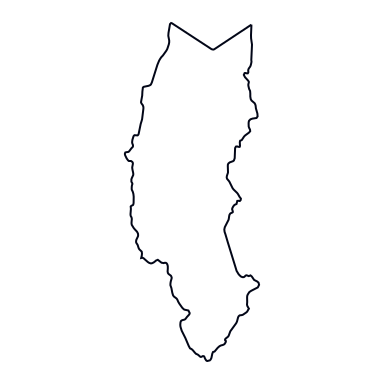 SVG path tracing the border of Puno
{"feature_id": "PER-573", "entity_name": "Puno", "entity_type": "Department", "adm_level": 1, "iso_a3": "PER", "parent_name": "Peru", "parent_adm1": "", "projection": "equal_earth", "projection_center": [-69.98, -15.156], "detail": "fine", "context": "isolated", "style": "outline", "palette": "ink", "viewbox_px": 384, "rotation_deg": 0, "n_neighbors": 0, "source": "natural_earth", "source_scale": "10m", "svg_char_len": 4926}
<svg xmlns="http://www.w3.org/2000/svg" viewBox="0 0 384 384"><path d="M251.3,24.6L251.4,25.8L251.0,35.2L251.1,38.4L252.0,44.6L251.3,60.0L251.5,61.8L251.1,63.8L250.6,65.7L250.1,66.7L248.8,68.5L248.4,69.4L248.2,70.5L248.3,71.5L248.3,72.4L247.8,73.3L247.1,73.4L245.3,73.0L244.6,73.1L243.8,74.9L245.0,77.2L248.1,80.6L248.8,81.7L248.8,82.6L248.5,83.6L248.3,84.8L248.4,85.9L249.1,88.9L250.1,91.0L250.3,93.6L250.3,96.5L250.7,99.0L251.5,100.5L254.6,103.2L255.2,104.3L255.6,105.6L255.9,108.3L257.4,113.6L257.6,116.4L256.5,118.0L252.5,118.6L250.5,119.3L249.1,120.7L248.7,122.0L248.6,123.6L248.7,126.6L249.2,128.0L250.0,129.6L250.2,131.2L249.0,132.6L245.2,135.4L244.1,136.5L241.8,140.0L241.3,140.3L240.3,140.6L240.0,141.0L239.8,142.3L240.0,146.0L239.6,146.9L238.3,146.8L237.0,146.4L235.9,146.6L235.1,148.1L234.7,158.2L233.9,160.5L233.0,161.2L229.7,162.4L228.4,163.5L227.9,164.5L227.8,165.9L228.0,172.3L227.9,172.9L226.9,175.9L226.7,177.4L227.0,178.7L228.3,180.3L229.3,181.5L232.6,188.2L233.6,189.5L237.1,192.9L238.0,194.1L239.5,196.8L240.9,198.6L240.7,200.0L239.8,201.0L238.4,200.8L237.3,200.9L236.5,204.0L234.5,204.9L233.4,206.2L232.5,207.8L232.1,209.1L232.8,211.4L232.8,212.1L232.4,212.5L230.8,213.2L230.2,213.6L229.4,215.0L229.1,216.6L228.9,218.1L228.6,219.7L224.8,227.2L224.3,229.5L224.6,231.9L225.4,234.2L227.8,242.3L230.3,250.4L232.8,258.5L235.3,266.6L236.6,270.9L238.6,274.2L239.7,275.4L240.9,276.5L242.3,277.1L243.8,277.1L244.5,276.7L245.6,275.6L246.3,275.3L246.9,275.4L248.8,276.1L250.5,275.4L251.8,276.5L254.1,279.9L257.2,281.5L258.5,282.6L259.1,284.8L257.8,287.4L251.2,290.8L249.3,292.1L247.7,294.6L247.2,296.0L247.1,297.6L247.2,302.1L247.0,304.6L247.3,305.9L248.9,308.7L248.1,309.9L247.2,311.6L246.2,312.5L242.8,314.8L241.7,315.1L239.6,315.4L238.7,316.2L238.1,317.3L237.0,321.5L236.2,323.2L230.3,331.3L228.7,335.7L228.0,336.7L225.5,338.7L225.2,339.2L225.0,339.9L225.2,340.4L225.6,340.6L225.9,341.1L225.6,342.4L224.4,344.2L222.8,345.0L221.1,345.4L219.5,346.2L217.7,347.8L214.6,351.5L214.2,351.7L213.2,351.9L213.0,352.0L212.3,353.7L211.4,358.0L210.4,360.0L210.5,360.0L210.3,360.1L209.7,360.4L207.7,360.9L207.3,361.0L206.9,360.9L206.5,360.7L206.1,360.3L205.1,358.7L204.9,358.2L204.3,356.7L204.1,356.4L203.8,356.2L203.2,356.1L202.8,356.1L202.5,356.2L202.1,356.5L201.2,356.9L200.8,356.9L200.5,356.9L200.0,356.5L198.3,355.0L197.6,354.5L197.1,354.3L196.9,354.2L196.4,354.0L196.1,353.9L194.9,352.7L192.9,350.3L191.6,349.1L191.3,348.9L191.1,348.8L190.9,348.8L190.4,348.6L190.0,348.3L188.7,345.9L185.4,338.1L181.7,330.7L180.6,327.2L180.4,326.2L180.3,325.1L180.3,324.4L180.5,322.3L180.7,321.7L181.1,320.9L181.8,320.4L182.5,320.1L184.2,319.7L184.9,319.4L185.5,318.9L187.0,316.9L189.3,314.4L189.7,313.1L188.4,310.5L184.7,309.7L184.1,309.5L183.2,308.7L182.2,307.7L179.3,303.6L178.2,301.7L177.4,299.8L177.0,299.1L176.4,298.4L173.9,296.5L173.1,295.4L172.3,292.8L171.4,288.1L170.4,285.2L170.4,284.6L170.5,283.0L170.8,281.3L171.6,278.5L171.7,277.7L171.4,276.7L170.9,275.7L168.6,274.0L167.9,273.0L167.6,271.4L167.8,268.8L167.8,266.5L167.6,265.3L167.2,264.2L166.6,263.3L165.8,262.8L164.6,262.8L163.7,263.1L161.5,262.7L157.8,259.8L155.9,260.6L155.3,261.2L154.4,261.9L153.6,262.5L151.8,263.3L150.8,263.4L149.2,262.9L147.8,262.0L144.4,259.0L144.3,258.9L143.8,258.4L142.5,257.7L141.2,258.0L141.8,255.5L142.0,253.6L141.7,251.6L139.3,249.3L138.6,248.0L137.7,245.1L137.2,244.2L136.7,243.5L136.3,242.8L136.1,242.1L136.1,241.1L136.2,240.6L136.3,239.9L137.9,236.5L138.1,235.8L138.1,234.8L138.0,233.7L137.4,232.4L136.9,231.6L134.5,229.0L133.7,228.0L131.8,224.9L131.6,224.0L131.5,223.0L131.7,220.4L131.8,219.4L131.8,218.9L131.7,218.1L131.4,217.1L130.9,216.4L130.6,215.4L130.5,214.2L130.9,209.0L130.7,206.5L131.4,205.8L131.8,205.6L132.7,205.2L133.1,204.9L133.4,204.1L133.6,202.9L133.7,196.7L133.4,194.0L132.9,192.1L132.3,190.7L131.9,190.0L131.7,189.1L131.7,188.0L131.8,186.3L132.0,185.2L132.4,184.0L132.3,183.7L132.3,183.3L131.4,181.7L131.4,179.3L131.9,177.9L133.2,175.1L133.3,174.0L133.1,172.5L132.5,169.8L132.3,168.5L132.2,167.4L132.9,163.8L132.8,162.8L132.3,161.9L131.0,161.0L130.2,161.0L129.5,161.0L128.9,161.0L128.3,160.6L127.8,160.0L126.7,158.5L125.4,155.8L125.1,155.1L124.9,154.3L124.9,153.6L125.3,152.5L126.3,152.2L128.0,152.0L128.6,151.8L129.1,151.3L129.7,150.6L130.5,149.5L131.5,148.2L131.9,147.8L132.6,147.1L132.9,146.6L133.0,145.8L132.9,144.9L132.3,143.4L132.1,142.2L132.4,139.9L133.5,136.3L134.0,135.6L134.5,135.2L137.6,135.4L138.2,134.8L138.5,134.3L138.7,133.6L140.7,123.9L141.6,121.0L142.1,119.2L143.4,108.7L143.4,107.0L142.8,105.2L142.1,104.3L141.4,103.3L141.0,102.2L142.2,95.6L142.4,91.5L142.9,87.5L143.8,86.8L148.6,85.8L150.2,85.1L150.9,84.5L151.9,82.3L157.4,64.8L159.1,60.7L160.0,59.1L161.2,57.3L162.9,55.5L166.4,50.6L167.3,48.9L168.8,44.4L169.2,42.3L169.2,41.4L169.2,40.5L168.3,35.8L168.5,32.9L170.0,24.1L171.1,23.0L172.0,23.3L211.6,49.2L213.2,49.6L214.2,49.3L251.3,24.7L251.3,24.6Z" fill="none" stroke="#020617" stroke-width="2"/></svg>